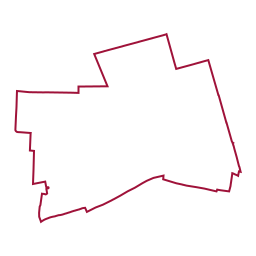 the district of Corabia, Romania
{"feature_id": "2599482B61415675017913", "entity_name": "Corabia", "entity_type": "district", "adm_level": 2, "iso_a3": "ROU", "parent_name": "Romania", "parent_adm1": "", "projection": "albers", "projection_center": [24.472, 43.795], "detail": "fine", "context": "isolated", "style": "outline", "palette": "rose", "viewbox_px": 256, "rotation_deg": 0, "n_neighbors": 0, "source": "geoboundaries", "source_scale": "gbopen_adm2", "svg_char_len": 2497}
<svg xmlns="http://www.w3.org/2000/svg" viewBox="0 0 256 256"><path d="M233.0,142.8L232.6,142.5L232.1,141.9L231.8,141.3L230.2,135.6L226.5,122.6L226.3,122.6L225.9,121.0L218.7,95.3L218.6,95.1L218.3,95.0L218.1,94.1L212.3,74.0L208.3,60.1L204.6,61.1L190.3,65.1L176.2,68.9L174.3,62.3L173.7,60.1L166.9,35.6L166.5,34.2L166.1,34.4L165.3,34.6L163.0,35.3L155.5,37.3L103.8,51.3L103.6,51.4L94.2,54.0L107.5,86.3L85.2,86.5L78.5,86.5L78.5,92.9L71.5,92.7L65.6,92.6L51.4,92.4L45.0,92.3L44.2,92.4L29.5,92.2L26.2,91.9L20.3,91.3L17.0,91.0L16.9,93.3L16.5,106.7L16.4,108.8L16.0,115.9L15.4,129.6L15.4,130.1L15.5,130.4L15.7,130.8L15.9,131.1L16.3,131.4L16.7,131.8L17.4,132.0L18.0,132.1L20.1,132.2L30.7,133.0L30.6,133.6L29.9,150.5L34.0,150.9L33.5,170.2L33.0,184.0L45.2,181.6L46.0,185.9L46.3,187.2L46.5,187.4L46.8,187.4L47.2,187.3L48.0,187.2L48.4,187.3L48.5,187.5L48.6,187.8L48.5,188.1L48.4,188.2L48.2,188.3L47.9,188.4L47.7,188.4L47.0,188.5L46.7,188.5L46.4,188.7L46.3,188.9L46.4,189.3L46.7,190.8L47.1,193.5L46.5,194.0L46.0,194.3L45.6,194.4L45.2,194.3L44.8,194.1L44.3,194.0L43.6,193.9L43.0,193.9L42.0,193.7L41.4,197.9L40.4,205.1L39.7,206.6L39.4,209.7L39.1,212.8L39.2,216.8L40.6,220.6L41.0,221.8L42.0,221.1L43.0,220.5L44.0,219.9L45.0,219.4L46.4,218.8L47.8,218.3L49.5,217.6L50.8,217.2L52.4,216.8L54.0,216.5L55.1,216.3L56.2,215.9L57.6,215.5L58.6,215.2L59.4,215.1L59.9,215.1L60.5,215.0L61.4,214.8L62.3,214.6L63.6,214.2L65.0,213.7L66.2,213.4L67.4,213.0L68.6,212.6L69.7,212.3L70.8,211.9L71.9,211.5L73.2,211.1L74.1,210.8L75.0,210.6L75.4,210.5L75.6,210.4L76.3,210.2L77.4,209.9L78.4,209.6L79.3,209.4L80.2,209.0L81.2,208.7L82.1,208.3L83.0,208.1L83.7,208.0L85.1,207.8L86.9,211.9L95.6,207.5L102.9,204.7L110.5,200.9L110.9,200.7L111.2,200.6L112.9,199.6L113.2,199.5L113.8,199.2L120.4,195.6L127.7,191.3L134.9,187.7L142.4,183.2L146.4,181.0L146.8,180.8L147.0,180.7L153.5,177.9L163.5,175.6L163.2,179.3L176.4,183.3L182.1,184.5L182.5,184.7L182.8,184.7L186.5,185.6L196.6,187.2L204.5,188.6L216.5,191.4L217.2,189.6L218.4,189.9L218.5,189.9L220.2,190.2L229.1,191.4L230.5,186.1L230.7,184.5L231.2,181.2L231.5,179.0L231.7,177.7L232.1,175.0L232.2,174.1L232.3,173.2L233.5,173.6L234.8,174.3L235.5,174.6L236.3,174.9L237.2,175.3L238.1,175.8L238.6,173.1L239.0,171.4L240.6,171.8L239.7,168.2L239.5,167.3L239.4,166.9L239.0,166.2L238.9,165.8L238.4,163.9L237.0,158.4L236.7,157.2L235.3,152.2L234.4,149.0L233.6,145.8L233.4,145.6L233.3,145.1L233.1,144.3L233.0,144.1L232.9,143.9L232.6,143.0L232.8,142.9L233.0,142.8Z" fill="none" stroke="#9f1239" stroke-width="2"/></svg>